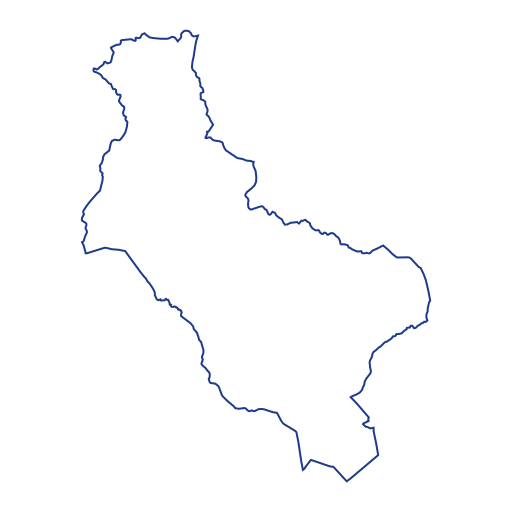 the district of Bac Ai, Ninh Thuận, Vietnam
{"feature_id": "81297802B54055270393742", "entity_name": "Bac Ai", "entity_type": "district", "adm_level": 2, "iso_a3": "VNM", "parent_name": "Vietnam", "parent_adm1": "Ninh Thuận", "projection": "mercator", "projection_center": [108.819, 11.911], "detail": "fine", "context": "isolated", "style": "outline", "palette": "blue", "viewbox_px": 512, "rotation_deg": 0, "n_neighbors": 0, "source": "geoboundaries", "source_scale": "gbopen_adm2", "svg_char_len": 5983}
<svg xmlns="http://www.w3.org/2000/svg" viewBox="0 0 512 512"><path d="M198.0,35.6L195.6,36.2L193.6,36.4L191.8,35.3L191.0,33.3L189.0,31.3L187.7,30.9L185.3,30.7L184.2,30.9L181.6,33.3L181.1,34.3L181.2,36.9L180.4,38.4L177.7,41.3L175.1,37.7L172.9,36.9L171.9,36.9L168.5,38.5L166.7,38.8L160.1,38.7L153.6,38.1L149.6,37.4L145.8,34.6L144.6,33.3L142.3,34.2L140.9,36.1L140.3,37.7L138.8,38.2L136.5,37.7L136.0,37.7L135.5,38.4L135.8,40.0L135.3,40.8L134.0,40.7L131.3,39.2L121.9,40.1L120.9,40.7L120.8,42.8L120.2,44.1L118.9,44.7L116.6,44.8L111.2,47.3L110.9,47.8L111.0,48.2L113.2,51.5L113.7,52.7L112.3,56.0L111.5,59.9L110.8,62.0L110.3,62.5L107.4,63.4L105.1,61.8L104.7,61.9L104.0,62.4L103.8,63.7L102.7,65.0L100.5,66.6L97.5,69.2L96.5,69.4L95.0,68.6L93.8,68.5L93.4,70.0L93.7,71.1L94.5,71.8L96.4,72.3L99.3,73.8L101.1,75.1L103.0,78.1L105.5,79.4L108.9,83.3L111.0,84.1L111.7,86.2L113.0,88.9L114.9,89.2L115.7,89.6L116.1,90.2L116.0,91.3L116.3,92.9L117.0,94.2L117.9,94.8L119.4,94.6L120.4,94.9L120.6,96.4L118.9,100.9L119.6,102.3L122.2,105.6L124.1,106.7L124.3,108.7L123.1,112.3L123.1,113.3L123.8,115.4L126.1,117.1L125.5,118.5L125.5,119.6L126.0,120.7L126.9,121.2L127.4,122.0L126.9,126.7L125.8,131.0L125.2,132.6L123.1,136.0L120.6,139.3L119.5,140.1L118.1,140.3L114.5,139.7L112.0,140.9L110.8,143.1L109.2,150.6L104.7,154.1L103.4,156.2L102.9,158.1L102.9,159.6L101.6,163.3L100.2,164.9L99.8,165.9L100.4,168.5L100.2,170.7L100.8,171.6L102.6,173.4L102.1,175.2L102.8,176.7L102.5,180.5L100.0,190.6L97.2,193.3L90.0,201.5L86.7,205.8L83.6,210.5L83.2,211.5L83.4,213.1L84.0,214.3L82.1,217.6L81.8,219.5L82.2,220.8L85.2,222.6L86.1,223.3L86.4,224.0L86.4,225.3L85.7,227.1L85.6,228.7L86.8,230.9L86.9,232.5L85.0,236.7L83.7,240.9L83.0,241.7L82.0,242.2L83.6,245.3L85.7,252.7L85.6,253.2L86.9,253.3L104.5,247.8L106.1,247.8L111.7,249.2L118.8,249.8L125.2,251.1L140.7,272.4L144.8,277.5L145.4,277.8L147.9,281.9L149.2,283.0L153.0,288.6L154.8,292.4L154.9,295.3L156.7,299.2L157.9,300.1L158.4,300.1L160.4,299.4L160.6,300.4L161.0,300.5L164.5,300.3L165.4,299.2L166.1,298.9L166.9,299.9L168.1,299.9L169.3,302.1L169.7,304.3L170.7,304.6L170.3,305.1L171.6,306.8L173.1,307.0L173.9,306.5L175.4,306.6L175.7,307.2L176.4,307.2L176.9,307.8L177.4,307.9L178.0,308.7L178.3,309.7L179.6,309.7L180.4,310.2L180.4,310.5L181.0,310.6L181.7,312.4L181.2,313.6L181.0,315.6L181.4,316.3L190.5,323.2L193.2,326.5L193.7,328.9L197.2,333.0L197.2,333.8L198.3,336.5L199.0,339.7L201.1,342.0L203.5,350.3L203.3,353.1L202.0,356.8L202.0,357.6L202.8,359.7L201.5,363.3L201.6,364.3L202.5,365.4L205.8,368.3L207.7,371.1L208.5,371.4L209.8,373.8L209.6,377.3L208.7,378.9L209.8,382.3L210.8,383.0L215.4,383.7L218.1,385.9L219.0,387.3L221.9,395.2L223.1,396.7L227.3,400.9L233.9,406.4L235.3,408.2L238.9,408.8L244.5,408.0L245.9,408.6L247.9,410.6L248.7,411.1L249.7,411.2L251.7,410.4L253.5,411.1L254.4,411.2L258.8,409.1L261.9,409.0L264.0,409.3L272.6,412.1L277.0,412.9L281.1,420.6L282.6,422.8L283.7,423.9L294.8,430.7L296.2,431.9L296.5,432.6L298.5,442.8L301.2,461.0L302.9,469.9L304.5,468.6L305.7,466.6L310.9,459.9L329.0,466.1L332.3,466.8L332.7,466.6L333.7,467.1L346.7,481.3L350.4,478.6L378.2,455.1L376.1,443.1L373.7,431.7L373.6,427.7L370.2,428.4L367.1,426.8L365.7,426.7L363.0,424.1L364.2,422.9L366.5,422.2L367.7,421.1L368.5,421.1L368.3,418.8L368.8,417.5L357.0,403.7L350.7,397.2L352.3,396.2L356.6,394.4L358.6,393.3L359.9,392.4L361.3,390.8L362.2,389.6L363.0,386.9L364.0,385.5L364.8,381.4L365.7,379.6L367.0,377.7L370.5,373.2L370.9,371.0L370.1,367.3L369.6,362.2L369.9,360.9L372.2,356.1L372.3,354.1L373.7,351.8L376.0,350.2L379.1,347.2L379.9,347.0L380.8,346.3L384.3,342.7L385.6,341.9L386.4,341.9L391.1,338.8L392.5,337.2L392.7,336.5L395.2,336.0L395.9,335.3L396.0,334.6L396.6,334.0L398.4,334.1L401.8,333.3L402.7,332.1L405.0,330.2L406.6,329.3L406.9,327.9L407.9,327.8L408.4,327.5L409.8,327.5L410.7,325.8L411.2,325.6L412.5,325.9L414.0,328.2L415.3,328.0L416.1,327.5L417.9,325.7L419.9,324.7L421.0,323.6L423.1,322.8L424.2,321.7L425.5,322.0L427.4,320.5L426.6,318.2L426.3,316.1L426.5,314.4L427.7,311.1L427.7,308.4L429.1,302.3L430.2,300.7L428.5,291.4L425.8,280.0L423.7,274.3L420.7,268.0L418.7,267.0L410.9,258.5L409.3,257.5L407.7,257.3L397.5,257.5L396.3,257.1L392.4,254.0L388.0,249.6L383.1,245.5L376.9,248.7L372.5,250.6L369.8,253.3L368.7,253.4L366.6,252.8L365.2,253.2L362.5,253.3L361.8,252.7L361.5,251.5L361.2,251.2L358.3,251.5L356.6,251.3L352.4,249.5L350.1,247.9L348.8,247.6L347.7,245.2L344.7,244.3L341.0,244.3L340.4,243.5L339.9,240.7L338.4,237.7L335.6,235.7L334.8,234.5L332.7,233.1L330.5,233.3L328.0,234.8L327.2,234.6L326.4,233.5L324.9,232.6L324.1,232.7L322.8,234.0L322.3,234.0L320.7,233.2L319.8,232.1L319.2,230.7L318.5,230.1L316.5,230.4L315.2,230.2L312.3,228.2L310.3,225.3L310.0,223.5L309.3,222.7L307.5,221.8L305.4,219.8L302.5,220.9L301.4,220.7L299.1,223.5L298.7,223.5L297.3,222.1L296.9,222.1L290.7,222.8L287.0,224.5L284.8,224.6L283.4,222.6L281.8,219.2L279.4,217.9L276.1,215.3L275.3,213.2L274.6,212.7L272.5,211.8L270.8,214.1L270.0,214.7L269.5,214.8L268.8,214.4L268.1,213.5L266.5,209.8L264.8,209.1L263.4,207.1L262.4,206.3L260.3,206.5L251.4,209.5L250.5,209.5L248.9,208.2L248.4,207.3L248.0,204.3L248.5,200.3L248.2,199.2L247.6,198.1L245.9,196.6L245.3,195.3L245.5,194.4L246.9,192.1L251.4,188.5L254.6,185.3L256.1,181.7L256.3,177.3L255.9,173.3L255.5,170.6L253.7,166.7L253.2,164.5L253.6,161.8L252.4,161.8L251.0,161.0L246.6,160.6L242.2,158.9L237.4,158.1L226.1,150.5L224.6,148.4L223.3,145.5L222.7,143.1L222.3,142.4L219.8,141.3L215.0,140.6L213.4,140.2L212.3,139.5L210.5,137.5L208.2,137.5L206.5,138.2L205.6,138.0L205.5,137.5L207.3,133.6L207.3,133.0L206.9,132.0L207.0,131.7L208.6,131.5L213.1,124.7L210.6,120.7L209.0,116.9L206.6,114.6L206.5,114.2L207.4,111.8L207.6,109.6L205.4,104.6L205.2,101.7L204.4,100.8L200.7,99.1L200.8,96.9L200.5,93.7L201.1,92.9L203.3,92.1L203.4,91.2L202.5,88.1L200.6,86.6L200.3,86.1L200.4,83.9L199.5,80.8L199.4,78.7L199.1,78.1L197.0,77.0L196.0,75.3L195.9,73.0L194.5,71.3L192.9,70.0L192.5,69.3L191.9,67.1L192.5,61.6L193.5,57.4L195.5,44.5L196.3,40.7L198.0,35.6Z" fill="none" stroke="#1e3a8a" stroke-width="2"/></svg>